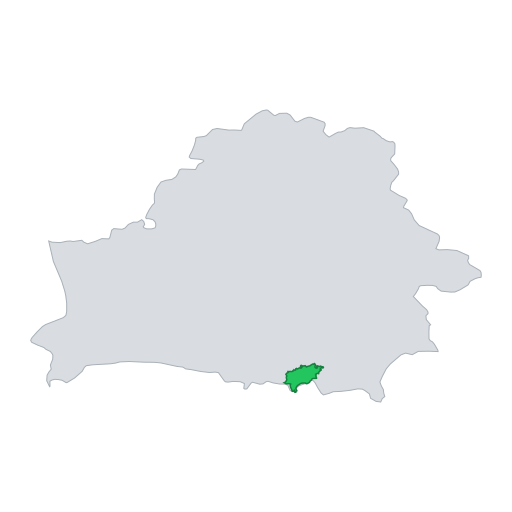 Yelʹsk, Gomel, Belarus shown in context
{"feature_id": "67162791B11100068414031", "entity_name": "Yelʹsk", "entity_type": "district", "adm_level": 2, "iso_a3": "BLR", "parent_name": "Belarus", "parent_adm1": "Gomel", "projection": "robinson", "projection_center": [28.959, 51.665], "detail": "fine", "context": "in_parent", "style": "filled", "palette": "green", "viewbox_px": 512, "rotation_deg": 0, "n_neighbors": 0, "source": "geoboundaries", "source_scale": "gbopen_adm2", "svg_char_len": 7223}
<svg xmlns="http://www.w3.org/2000/svg" viewBox="0 0 512 512"><path d="M438.1,351.6L429.1,351.2L418.2,351.4L412.2,354.7L405.6,353.1L400.9,354.9L390.3,364.0L386.2,368.9L382.3,376.4L379.9,382.0L381.3,385.9L383.3,389.5L383.8,393.4L384.8,396.5L382.2,398.7L380.7,402.0L376.1,401.4L370.6,398.3L369.4,393.9L365.1,390.7L362.3,389.1L357.6,388.9L350.2,390.3L340.6,391.4L333.3,391.7L329.3,393.3L323.4,394.9L321.1,393.0L317.9,388.0L315.2,383.0L313.3,380.7L311.7,380.1L309.8,380.3L307.5,381.9L305.8,383.5L299.7,385.4L297.0,387.2L294.1,391.8L292.1,391.5L290.1,390.4L287.8,385.2L284.6,384.1L279.5,384.0L273.1,382.9L268.0,381.3L266.1,381.7L263.0,383.9L259.7,384.2L252.5,382.2L251.1,383.1L246.8,388.9L244.9,389.1L243.8,388.4L244.4,383.5L240.2,381.7L233.1,381.4L228.1,382.1L225.7,381.9L224.4,381.0L218.4,372.6L215.2,372.1L209.4,372.5L200.9,371.5L191.1,369.6L185.7,368.9L182.9,367.1L176.9,366.4L160.7,362.9L154.1,362.3L144.3,362.2L129.4,361.5L119.9,361.9L115.4,363.1L110.3,363.8L92.6,364.8L86.3,365.7L84.4,367.4L82.2,371.3L74.7,377.9L67.5,382.3L66.2,382.7L62.2,380.3L58.7,379.6L54.7,379.3L51.8,380.1L49.9,381.2L50.0,386.3L49.6,386.7L46.7,380.7L47.1,375.2L48.9,372.0L51.2,369.2L50.4,365.0L52.7,359.3L52.9,355.3L52.0,353.5L50.4,351.5L45.9,349.3L43.9,347.5L37.8,345.2L31.7,342.3L30.7,340.5L31.1,339.2L32.2,337.4L37.1,331.9L42.4,326.6L45.7,324.5L63.2,317.7L65.9,315.4L66.7,311.4L66.7,303.3L65.8,295.9L64.7,290.8L61.7,281.2L53.4,261.5L48.7,241.0L52.1,242.2L60.3,242.6L66.9,241.2L70.2,241.0L73.2,241.5L81.8,240.3L83.9,242.2L87.6,243.8L95.2,241.4L101.9,238.6L108.8,238.9L109.9,237.4L111.7,230.2L113.8,228.6L122.1,229.3L125.1,228.0L128.4,224.4L133.3,222.2L137.4,222.2L141.7,219.7L143.7,221.4L144.7,224.4L143.2,226.8L143.8,227.7L146.7,228.9L151.7,228.9L155.0,227.9L155.7,226.5L155.8,224.0L155.0,221.7L152.9,219.7L149.0,218.7L146.2,218.6L145.7,217.4L146.7,214.6L149.3,209.6L152.4,205.1L154.3,203.4L154.6,201.8L154.3,199.1L154.4,194.1L157.2,187.2L161.0,182.0L165.9,180.3L171.9,179.4L175.7,177.0L177.7,174.2L179.4,169.9L181.3,169.0L195.6,169.5L197.9,165.2L199.1,164.0L201.9,162.7L203.8,161.2L203.1,160.0L199.5,159.2L190.9,158.5L189.2,157.1L189.7,155.4L192.1,150.9L194.4,145.1L195.6,140.7L195.8,138.1L197.0,137.3L204.0,136.5L206.4,135.6L212.5,129.5L217.1,128.5L228.9,130.1L234.3,130.0L241.2,130.4L241.8,129.8L244.3,123.8L256.1,114.1L262.3,110.8L266.3,110.0L267.7,110.2L273.9,115.3L275.4,115.5L279.5,113.4L286.8,113.2L290.1,115.0L294.9,121.2L297.4,122.0L304.4,118.5L308.3,117.3L310.8,117.3L324.1,122.2L325.1,123.7L325.1,125.6L323.1,131.2L325.9,134.7L329.1,137.1L335.9,133.2L338.4,132.1L341.1,132.0L344.8,130.6L347.4,128.4L350.0,127.6L354.9,128.2L363.7,127.7L373.9,131.1L374.8,132.1L380.0,136.1L381.8,138.1L383.5,138.8L386.3,140.7L390.0,141.9L392.5,141.6L393.7,142.2L394.9,143.8L395.0,146.4L394.7,153.9L391.1,157.8L390.6,159.2L390.8,160.8L393.8,164.1L397.6,169.1L398.6,172.0L398.6,174.2L393.5,180.7L391.8,182.3L390.7,185.5L390.1,188.8L390.5,190.2L399.2,195.5L405.6,198.3L407.0,199.7L407.2,200.6L403.8,206.2L403.5,207.7L408.7,210.1L411.6,213.8L414.2,219.8L419.1,225.5L437.4,234.0L439.0,235.5L439.6,237.3L439.1,241.3L435.9,248.7L439.0,249.9L447.1,249.6L456.8,250.5L468.6,255.8L468.7,258.2L467.6,260.4L468.4,262.7L469.7,264.6L480.0,270.6L481.0,272.3L481.3,275.2L481.0,277.3L478.2,277.7L475.1,278.7L470.1,281.3L468.1,284.9L460.0,289.8L454.9,292.0L450.8,292.1L441.1,291.1L437.7,288.7L436.2,286.4L432.5,285.4L427.5,285.3L420.7,285.7L419.3,286.4L418.2,289.2L415.4,293.9L413.3,296.5L422.2,305.8L426.6,309.7L428.0,312.0L428.0,313.7L425.9,315.7L426.3,319.6L430.6,324.8L429.2,325.7L428.9,332.1L429.0,338.9L430.2,340.6L432.5,341.9L434.5,344.4L437.8,350.1L438.1,351.6Z" fill="#d9dde1" stroke="#a8b0b8" stroke-width="1"/><path d="M284.1,382.7L284.5,382.9L285.4,383.3L286.4,383.8L287.2,383.8L288.6,383.7L290.2,383.9L290.7,384.1L290.4,384.7L290.2,385.6L290.4,386.6L290.8,387.8L291.2,388.5L291.6,389.4L292.0,390.7L292.4,391.3L293.4,391.2L293.8,390.8L294.2,390.3L294.4,390.8L294.7,391.7L294.9,392.3L295.8,392.2L295.8,391.4L296.8,390.9L296.8,390.3L296.6,390.1L296.3,389.8L296.1,389.2L295.9,388.7L295.9,388.3L296.2,387.6L296.6,386.8L297.0,386.3L297.4,385.7L298.3,385.0L299.1,384.5L300.0,383.9L300.6,383.6L301.9,383.1L303.4,383.1L304.4,383.0L305.2,383.0L305.5,383.3L306.4,383.7L307.1,383.6L307.8,383.4L308.2,383.1L309.1,382.6L309.5,382.4L309.8,381.7L310.1,381.2L310.4,380.9L311.1,380.4L311.4,380.1L311.8,379.4L312.0,379.0L312.5,378.6L313.0,378.5L313.3,378.5L313.8,378.4L314.9,378.4L315.6,378.4L316.2,378.4L316.5,378.3L316.6,378.0L316.4,377.7L316.2,377.5L316.1,377.1L316.2,376.7L315.8,376.2L315.7,375.9L315.9,375.7L316.0,375.5L316.1,375.1L316.0,374.7L316.0,374.4L315.8,374.2L316.4,373.9L316.7,373.7L317.1,373.5L317.6,373.4L318.0,373.5L318.4,373.7L318.7,373.6L318.7,373.4L318.6,373.2L318.4,372.9L318.5,372.7L318.8,372.4L319.0,372.1L319.1,371.7L319.5,371.5L319.8,371.3L319.8,371.2L320.0,370.8L320.1,370.6L320.4,370.5L320.6,370.4L320.9,370.3L321.1,370.2L321.1,369.6L320.7,369.5L320.3,369.3L320.1,369.1L320.3,368.9L320.4,368.7L320.5,368.4L320.7,368.2L321.0,368.0L321.4,368.0L322.1,367.9L322.9,368.0L323.1,367.8L323.4,367.5L323.4,367.2L323.0,366.8L322.7,366.7L322.4,366.9L322.2,367.0L321.8,366.9L321.6,366.7L321.2,366.4L320.9,366.2L320.5,366.1L320.1,366.2L319.9,366.4L319.8,366.5L319.5,366.6L319.1,366.5L318.8,366.3L318.5,366.2L318.2,366.4L317.8,366.5L317.7,366.2L317.6,365.9L317.3,365.8L316.9,365.9L316.6,366.1L316.6,366.4L316.6,366.8L316.7,367.1L317.0,367.4L317.2,367.7L317.1,368.0L316.8,368.2L316.3,368.2L315.7,367.9L315.3,367.6L315.0,367.2L314.9,366.8L315.0,366.4L315.1,365.7L315.3,365.5L315.5,365.2L315.5,364.9L315.2,364.5L314.9,364.1L314.8,363.8L314.4,363.5L314.2,363.6L314.1,364.0L313.8,364.3L313.6,364.3L313.2,364.1L312.8,364.0L312.1,364.3L311.9,364.5L311.5,364.8L311.2,364.9L310.7,365.2L310.5,365.4L310.1,365.7L309.7,365.9L309.1,366.0L308.4,366.2L308.0,366.3L307.4,366.5L307.1,366.6L306.8,366.9L306.5,367.0L306.2,366.8L306.0,366.5L305.8,366.2L305.4,365.8L305.1,365.6L304.9,365.7L304.6,365.9L304.1,365.9L303.4,365.9L303.2,366.0L302.6,366.3L302.4,366.2L302.4,365.9L302.2,365.7L301.8,365.6L301.5,365.4L301.3,365.3L301.0,365.4L300.8,365.6L300.6,365.9L300.5,366.4L300.5,366.6L300.7,366.9L301.0,367.1L301.5,367.1L301.8,367.0L301.9,367.5L301.7,367.7L301.4,367.9L301.0,368.1L300.6,368.2L300.1,368.1L300.0,367.8L299.8,367.8L299.4,367.9L299.2,368.0L298.9,368.1L298.4,368.4L297.8,368.8L297.2,368.9L296.8,368.6L296.6,368.4L296.2,368.5L295.9,368.7L295.8,368.8L295.6,369.2L295.6,369.5L295.6,369.9L295.3,370.1L295.2,370.2L294.9,370.2L294.4,370.1L294.0,369.9L294.0,370.1L293.7,370.5L293.1,370.5L292.8,370.8L292.8,371.2L292.4,371.3L291.9,371.5L291.5,371.6L290.8,371.5L290.2,371.4L289.6,371.5L289.3,371.6L288.8,371.6L288.2,371.5L287.9,371.5L287.9,371.8L288.1,372.0L288.2,372.4L288.0,372.6L287.8,372.7L287.4,372.9L287.1,373.0L286.7,373.2L286.4,373.5L286.2,374.0L285.9,374.3L285.9,374.5L286.1,374.8L286.4,375.2L286.6,375.4L286.7,375.7L286.8,375.9L286.8,376.2L286.6,376.5L286.4,376.8L286.3,377.2L286.3,377.5L286.4,378.0L286.5,378.4L286.6,378.8L286.7,379.1L286.8,379.5L286.8,379.9L286.5,380.2L286.3,380.5L286.2,380.9L286.1,381.1L286.1,381.3L286.0,381.5L285.7,381.8L285.4,382.0L285.1,382.2L284.8,382.4L284.3,382.6L284.1,382.7L284.1,382.7Z" fill="#22c55e" stroke="#15803d" stroke-width="1.5"/></svg>